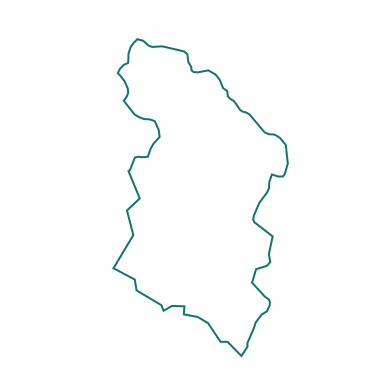 the district of Hrazdan, Kotayk, Armenia, rotated 31°
{"feature_id": "60910142B58018566981737", "entity_name": "Hrazdan", "entity_type": "district", "adm_level": 2, "iso_a3": "ARM", "parent_name": "Armenia", "parent_adm1": "Kotayk", "projection": "orthographic", "projection_center": [44.645, 40.538], "detail": "fine", "context": "isolated", "style": "outline", "palette": "teal", "viewbox_px": 384, "rotation_deg": 31, "n_neighbors": 0, "source": "geoboundaries", "source_scale": "gbopen_adm2", "svg_char_len": 1436}
<svg xmlns="http://www.w3.org/2000/svg" viewBox="0 0 384 384"><g transform="rotate(31 192 192)"><path d="M66.5,89.2L65.2,94.1L64.8,99.5L66.3,106.0L70.8,114.2L68.0,118.3L67.3,121.3L66.8,123.6L67.1,127.3L67.2,128.4L69.9,129.0L77.0,131.7L83.7,136.4L86.2,139.9L86.9,143.7L86.6,149.0L102.8,155.1L108.4,155.1L113.6,154.1L118.0,151.7L121.0,150.9L123.8,150.5L131.6,156.1L135.9,161.5L134.7,167.3L134.1,170.8L134.3,176.4L136.0,184.5L131.8,187.6L127.5,189.7L125.3,191.8L127.5,204.8L127.3,205.6L126.8,206.8L150.5,224.4L145.8,241.3L163.9,259.2L164.0,297.8L188.0,296.5L195.2,304.9L224.0,304.8L228.8,308.4L233.6,299.9L244.4,293.9L248.0,301.1L261.2,296.2L273.2,296.1L293.6,305.7L299.6,302.1L318.8,307.1L319.2,296.0L317.3,293.0L315.9,282.1L315.2,277.3L313.8,270.8L314.9,261.1L317.7,255.6L316.9,249.1L315.5,246.2L313.4,244.6L308.1,244.1L290.2,238.8L286.7,225.2L294.3,216.6L295.2,211.7L289.9,205.7L284.0,188.5L260.9,185.8L258.8,184.2L257.2,180.5L255.3,166.8L256.6,153.8L256.1,149.2L253.1,143.6L251.5,135.8L257.9,134.3L261.9,132.0L262.3,129.0L259.5,118.3L248.2,103.4L239.8,100.4L234.9,100.2L232.1,100.7L228.4,102.8L223.5,103.5L201.4,95.9L197.6,95.9L193.6,97.1L190.8,96.8L183.6,93.4L180.5,92.4L176.8,92.5L173.5,91.5L170.0,87.3L165.1,86.9L157.9,81.5L151.6,79.2L143.4,79.3L135.3,86.5L131.6,88.4L129.0,88.0L126.9,85.2L121.8,82.4L117.1,76.3L112.9,75.6L91.6,82.4L83.1,88.2L79.5,88.9L72.2,87.5L66.5,89.2Z" fill="none" stroke="#0f766e" stroke-width="2"/></g></svg>